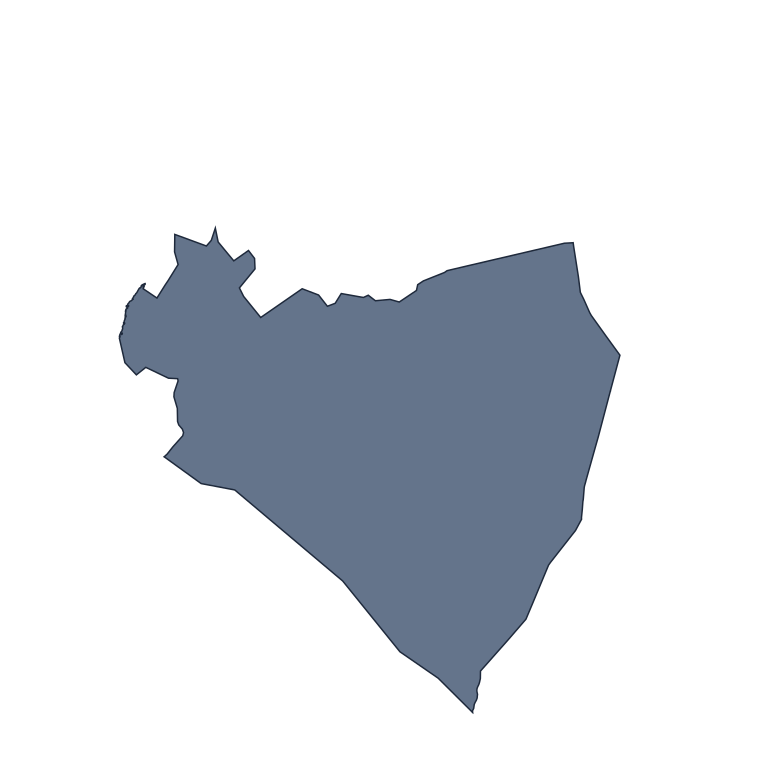 the district of Al Ganab, Red Sea, Sudan, rotated 214°
{"feature_id": "16777658B97228063474151", "entity_name": "Al Ganab", "entity_type": "district", "adm_level": 2, "iso_a3": "SDN", "parent_name": "Sudan", "parent_adm1": "Red Sea", "projection": "robinson", "projection_center": [36.252, 19.345], "detail": "fine", "context": "isolated", "style": "filled", "palette": "slate", "viewbox_px": 768, "rotation_deg": 214, "n_neighbors": 0, "source": "geoboundaries", "source_scale": "gbopen_adm2", "svg_char_len": 3495}
<svg xmlns="http://www.w3.org/2000/svg" viewBox="0 0 768 768"><g transform="rotate(214 384 384)"><path d="M192.4,504.7L204.5,539.8L227.0,548.0L250.4,556.7L253.4,558.2L265.7,565.9L270.8,568.8L272.5,569.8L282.7,581.5L303.5,603.9L306.2,606.9L306.3,606.8L313.4,601.4L313.7,601.0L380.6,528.9L391.6,517.0L395.1,513.2L396.2,510.3L409.0,491.5L411.6,485.2L409.4,479.7L417.2,460.5L426.3,457.5L437.7,448.2L446.7,448.8L449.4,444.3L451.5,443.3L470.0,435.1L470.0,434.3L469.6,423.6L474.4,416.8L488.0,421.2L505.1,417.2L523.4,370.2L549.3,378.1L557.6,382.8L556.4,395.7L555.3,407.3L561.5,415.7L571.0,418.9L577.4,402.1L585.7,404.5L600.9,409.0L611.0,418.9L607.5,406.5L608.4,399.1L640.0,391.3L641.1,391.0L640.7,390.5L640.2,389.7L631.5,376.4L621.5,367.9L620.8,348.9L620.8,345.0L620.8,343.7L620.4,331.1L620.3,328.3L636.9,328.3L637.3,330.1L637.4,329.9L637.9,329.8L638.3,330.2L638.5,331.2L638.2,331.7L637.8,333.3L638.2,333.7L638.6,333.3L639.0,332.5L639.6,331.5L640.0,330.7L640.2,329.8L640.0,329.4L639.9,328.8L640.0,328.5L639.7,329.3L639.7,327.5L640.3,327.0L640.4,326.0L640.0,321.2L640.3,320.1L640.1,318.9L640.3,318.0L640.6,316.7L640.2,316.0L640.2,315.1L640.3,314.5L640.2,313.9L639.7,313.9L639.1,314.5L639.3,314.1L639.7,313.6L640.0,311.9L640.8,310.6L641.0,309.7L640.9,309.2L640.9,308.5L641.1,307.5L641.0,306.7L640.5,306.0L640.8,305.5L641.2,305.1L641.3,304.4L640.9,304.1L640.8,304.4L640.6,305.3L640.3,304.8L640.0,305.3L639.9,306.0L639.4,306.0L639.2,305.3L639.5,304.9L639.8,304.9L639.9,303.9L639.6,303.9L639.5,303.6L639.1,303.5L639.2,302.9L639.5,302.4L639.7,301.7L639.6,301.3L639.2,300.9L638.9,300.3L639.2,300.2L639.1,299.8L638.7,299.7L637.9,298.2L637.1,296.5L636.9,296.7L636.5,296.7L636.5,296.0L635.7,295.8L635.6,295.4L636.0,295.3L636.2,295.1L635.7,294.3L635.6,294.0L635.5,293.6L635.1,293.5L634.9,293.0L634.9,292.4L634.8,292.1L634.8,291.8L634.7,291.5L634.5,290.8L634.3,290.4L634.1,289.9L634.2,289.2L633.8,288.9L633.5,288.6L633.4,288.5L633.4,289.1L633.4,289.4L633.3,289.6L633.0,289.4L632.9,289.2L632.6,288.6L632.3,288.6L632.7,288.4L632.9,288.3L633.0,288.1L633.4,288.0L633.1,287.3L633.1,286.9L633.0,286.3L633.0,285.8L632.8,285.6L632.9,285.1L632.7,284.9L632.2,284.6L631.8,284.0L631.7,283.8L631.4,283.2L631.4,282.6L631.1,282.2L631.0,281.3L631.1,279.7L630.9,279.1L630.8,278.7L630.6,279.1L630.3,279.1L629.9,279.0L629.4,279.7L629.1,279.4L629.2,279.1L629.0,278.8L629.1,278.4L629.3,278.4L629.6,278.7L630.2,278.7L630.6,278.4L630.6,278.1L630.7,277.5L630.3,276.8L630.2,276.2L630.1,276.3L629.8,276.2L629.5,275.4L629.3,275.3L629.2,275.3L629.2,274.8L629.2,274.4L629.1,274.1L610.7,256.8L594.4,253.1L590.8,264.6L565.9,268.3L558.1,273.0L557.5,272.5L556.4,271.3L553.2,259.6L551.0,255.9L541.7,248.2L534.2,237.5L531.3,235.3L525.9,233.8L523.0,231.6L521.9,228.5L523.9,213.7L524.6,204.5L525.6,200.7L524.9,200.7L479.9,199.2L448.5,212.7L374.2,204.7L354.7,202.6L308.1,197.6L221.0,170.9L174.6,170.4L141.2,164.0L127.1,161.3L126.9,161.1L126.7,161.1L127.9,162.6L128.2,165.1L128.9,166.6L129.5,167.8L130.0,168.8L130.4,171.0L130.6,173.5L131.2,175.8L132.1,177.4L132.9,179.0L134.7,180.7L135.7,181.9L136.5,183.4L137.0,185.3L137.3,187.7L138.0,190.1L139.4,193.7L142.2,198.0L142.8,198.9L143.5,200.0L138.0,241.6L134.8,268.4L138.2,285.7L146.3,325.9L146.2,329.4L144.0,360.1L143.3,369.6L143.6,372.5L144.5,381.6L144.6,382.4L145.1,383.0L145.7,383.9L149.5,391.0L153.4,397.8L154.1,399.4L154.9,400.9L160.1,410.1L160.9,412.0L162.2,416.0L162.4,416.4L173.1,448.7L176.8,460.0L192.2,504.1L192.3,504.7L192.4,504.7Z" fill="#64748b" stroke="#1e293b" stroke-width="1.5"/></g></svg>